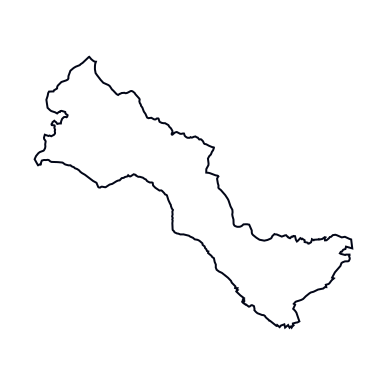 Tarcaia, Bihor, Romania, rotated 83°
{"feature_id": "2599482B54145766653742", "entity_name": "Tarcaia", "entity_type": "district", "adm_level": 2, "iso_a3": "ROU", "parent_name": "Romania", "parent_adm1": "Bihor", "projection": "orthographic", "projection_center": [22.29, 46.58], "detail": "fine", "context": "isolated", "style": "outline", "palette": "ink", "viewbox_px": 384, "rotation_deg": 83, "n_neighbors": 0, "source": "geoboundaries", "source_scale": "gbopen_adm2", "svg_char_len": 6014}
<svg xmlns="http://www.w3.org/2000/svg" viewBox="0 0 384 384"><g transform="rotate(83 192 192)"><path d="M146.7,341.2L146.0,339.8L146.4,338.9L146.2,338.7L144.3,338.2L142.5,337.2L142.2,335.2L142.5,332.9L142.5,331.2L142.9,330.2L144.3,329.0L145.0,327.8L146.0,321.5L146.9,317.4L147.1,316.8L149.0,314.8L149.6,313.6L150.5,311.3L150.7,309.3L151.8,308.4L153.1,306.1L154.1,305.4L155.3,303.1L156.8,301.4L158.2,300.5L159.7,299.0L161.9,296.1L169.0,288.8L171.2,285.7L175.5,284.5L176.0,284.1L176.3,283.4L176.4,282.6L175.8,281.5L175.7,280.8L176.7,277.6L176.6,276.9L174.6,272.9L174.2,270.1L172.1,265.6L171.6,263.8L171.6,262.4L169.7,260.1L169.6,258.0L169.0,256.9L168.6,254.1L167.6,253.3L168.8,252.2L169.0,251.1L167.3,247.7L168.1,245.9L168.6,245.9L170.1,243.9L170.4,243.4L170.6,241.8L171.8,239.0L173.2,237.5L174.0,236.2L175.6,235.3L176.7,233.9L177.5,232.5L177.5,231.4L177.9,230.1L178.1,229.9L180.8,229.8L183.3,227.9L186.6,224.1L186.6,222.5L187.2,221.6L189.6,219.8L191.1,219.0L191.8,217.7L192.3,217.3L197.2,216.4L200.9,215.2L202.2,214.6L203.5,214.6L206.0,214.0L207.5,213.1L209.1,213.9L212.0,214.0L213.8,214.7L215.5,214.3L216.7,214.9L218.1,214.7L220.5,215.3L226.8,215.8L227.5,215.7L228.4,214.9L229.9,214.2L231.3,212.0L231.7,210.6L232.7,208.7L233.0,205.7L235.0,200.4L236.0,199.3L237.6,196.6L239.3,195.1L240.2,192.2L241.3,190.6L243.9,188.2L244.3,187.9L245.7,187.9L247.6,186.1L249.3,185.8L250.5,184.8L252.4,184.3L253.0,183.0L254.5,183.5L257.7,180.5L259.1,179.8L260.4,178.3L264.2,178.0L266.9,177.2L269.9,177.6L272.2,177.0L274.2,174.9L275.9,172.2L281.5,166.7L285.0,164.1L286.8,163.6L291.0,160.4L292.5,160.9L293.0,158.6L294.4,159.5L294.9,158.6L296.2,160.1L300.5,156.6L303.7,153.3L304.5,154.3L305.5,153.3L307.1,153.5L307.6,154.4L306.5,155.2L307.1,155.6L308.5,154.6L310.4,152.4L310.2,152.2L312.7,149.6L312.7,148.8L311.6,146.9L311.8,145.9L312.9,144.4L315.8,144.2L316.9,144.5L318.8,143.2L320.3,141.8L322.6,137.5L323.0,135.8L324.1,134.6L325.4,134.1L328.6,131.2L328.9,131.2L329.1,131.0L329.0,130.8L329.5,130.1L335.0,124.7L335.2,124.3L334.4,123.7L336.8,121.5L335.4,120.0L334.6,116.5L337.9,116.1L335.8,112.8L338.6,111.7L337.5,110.1L338.7,109.6L337.7,108.8L336.7,107.4L335.6,108.0L334.8,107.9L334.3,104.5L334.3,103.2L333.5,101.2L324.4,103.1L322.2,104.3L320.3,105.8L316.5,103.4L315.4,104.6L313.8,102.8L313.4,102.0L312.9,99.0L312.4,96.6L311.7,94.7L309.4,91.8L306.9,87.8L306.2,86.3L305.8,83.5L304.2,78.8L303.8,73.5L302.6,71.7L302.8,70.3L300.4,70.5L300.0,67.9L299.5,66.9L296.9,64.4L295.7,62.9L295.5,62.3L295.0,61.7L294.1,63.4L289.1,59.9L283.5,53.7L280.9,52.4L280.2,51.3L279.5,48.7L279.8,45.5L279.4,44.6L277.7,43.6L276.7,43.5L275.0,43.9L274.6,43.8L274.0,43.3L273.3,43.3L272.9,46.9L273.2,47.6L271.6,51.7L270.9,52.7L269.5,51.6L269.5,50.6L267.8,49.0L267.5,48.0L267.3,46.7L265.0,45.8L267.5,39.8L258.5,39.8L257.7,41.5L255.1,45.7L255.3,48.9L252.5,53.6L251.9,55.0L252.0,57.5L253.4,59.4L253.5,60.7L254.6,61.7L256.3,64.4L256.2,65.9L254.2,66.0L253.3,65.1L253.0,65.7L254.5,68.5L254.7,71.7L254.2,71.9L254.5,72.7L254.3,76.5L254.7,77.0L253.5,78.7L254.3,78.9L256.4,80.0L257.4,82.1L257.4,82.9L256.4,83.4L255.4,86.3L253.6,86.1L251.7,88.4L252.1,89.0L251.0,90.1L253.4,93.0L253.9,93.9L252.1,94.7L248.4,95.1L248.0,96.7L248.7,97.5L248.4,97.9L248.5,98.7L249.7,100.0L249.5,100.4L249.7,100.6L249.2,101.5L248.3,102.2L248.4,102.4L246.4,103.8L246.4,105.1L247.2,108.3L244.5,113.0L244.1,114.9L243.8,115.3L245.5,117.6L247.2,118.7L247.8,119.5L248.8,122.9L249.1,126.2L247.6,130.8L245.2,133.7L242.0,136.8L240.9,137.4L239.9,137.6L237.4,137.4L231.4,139.2L230.7,141.3L230.4,144.7L230.5,145.0L231.6,146.5L232.2,148.0L232.3,149.2L232.0,151.5L231.1,153.3L230.3,154.1L228.8,154.6L224.3,154.2L221.2,154.7L219.3,154.8L217.0,154.2L214.6,154.1L211.0,155.5L204.7,156.8L203.1,157.4L199.1,159.4L193.6,163.1L192.0,164.7L191.0,165.3L188.7,164.9L186.6,165.3L181.9,165.5L180.3,164.5L179.8,163.9L179.3,164.1L178.9,164.7L178.3,166.6L175.6,171.7L175.0,173.2L174.5,175.5L171.0,175.0L167.3,172.4L165.7,172.1L160.8,172.1L158.5,170.5L157.1,168.7L154.4,167.2L153.2,166.0L150.7,164.8L150.4,164.9L149.9,166.5L148.2,169.5L146.4,172.0L145.8,173.7L145.2,174.2L143.0,174.9L141.1,176.3L140.7,176.9L140.8,178.0L140.7,178.4L138.7,179.7L138.2,180.8L137.3,181.8L137.4,183.2L138.0,185.4L137.8,186.3L137.4,186.7L137.9,187.8L137.6,190.0L136.3,191.6L135.2,192.4L133.0,192.8L132.8,193.7L133.0,195.2L132.8,196.6L130.6,199.8L130.8,201.3L131.1,202.1L132.7,204.4L132.7,204.8L132.4,205.1L131.9,205.1L131.3,204.9L130.2,204.1L129.0,204.0L126.3,205.1L124.4,206.6L122.7,207.3L120.4,210.4L120.2,212.0L119.7,213.6L118.7,215.2L118.2,215.7L115.1,216.3L114.8,216.7L114.8,218.2L115.5,219.2L115.5,219.9L115.2,220.9L113.4,223.3L113.4,226.3L112.6,227.5L108.7,228.7L106.3,230.0L102.1,231.0L100.2,232.1L98.8,232.2L97.6,232.9L95.5,233.2L94.0,232.7L92.9,232.9L88.0,236.3L86.8,236.8L85.2,238.3L84.4,239.5L84.4,240.7L85.7,244.1L85.9,245.6L85.7,246.3L85.3,247.0L85.2,249.9L85.7,251.0L85.8,251.9L86.7,253.5L85.7,254.9L81.6,257.9L80.5,258.9L76.9,260.7L75.7,261.9L72.8,266.7L69.6,269.0L64.3,272.1L62.2,273.2L58.3,273.4L55.3,273.0L53.1,272.5L51.0,271.5L50.8,272.6L49.9,273.9L47.9,275.8L45.3,277.5L45.4,277.9L50.5,284.8L51.6,287.0L52.4,288.0L53.5,292.2L54.5,294.4L56.8,297.9L61.9,300.5L64.4,300.9L65.3,301.7L65.9,303.3L66.9,308.2L70.1,312.3L71.5,313.1L72.8,313.3L74.3,316.6L75.3,317.2L74.9,321.7L76.3,322.7L79.1,323.6L82.7,325.3L90.8,325.1L93.4,323.0L94.5,321.8L96.2,318.2L97.6,316.3L96.4,314.5L96.4,313.2L95.6,312.8L95.6,311.5L97.1,308.1L98.6,308.0L99.2,307.6L100.6,306.1L102.1,306.7L102.5,307.4L102.0,308.6L102.1,310.1L103.6,312.0L106.0,313.3L108.0,313.8L107.8,315.6L108.0,317.4L106.2,318.3L105.9,318.8L104.5,320.0L105.7,321.9L106.6,322.3L107.4,323.1L108.1,323.2L108.5,323.0L109.1,320.4L109.9,320.2L111.5,320.8L113.6,320.3L114.8,320.8L116.5,320.7L117.3,320.9L118.4,322.0L119.5,324.9L118.6,326.5L118.9,327.6L117.2,331.1L120.0,332.3L121.3,332.3L123.4,331.2L124.0,331.1L126.8,331.9L129.0,332.0L130.6,332.5L132.1,333.5L132.9,334.3L133.8,338.1L134.7,339.7L137.3,342.4L140.3,344.2L146.7,341.6L146.7,341.2Z" fill="none" stroke="#020617" stroke-width="2"/></g></svg>